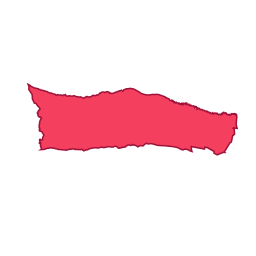 outline of Cartisoara, Sibiu, Romania, rotated 102°
{"feature_id": "2599482B67605816881014", "entity_name": "Cartisoara", "entity_type": "district", "adm_level": 2, "iso_a3": "ROU", "parent_name": "Romania", "parent_adm1": "Sibiu", "projection": "albers", "projection_center": [24.579, 45.672], "detail": "fine", "context": "isolated", "style": "filled", "palette": "rose", "viewbox_px": 256, "rotation_deg": 102, "n_neighbors": 0, "source": "geoboundaries", "source_scale": "gbopen_adm2", "svg_char_len": 5638}
<svg xmlns="http://www.w3.org/2000/svg" viewBox="0 0 256 256"><g transform="rotate(102 128 128)"><path d="M167.3,208.8L166.4,205.6L164.3,202.1L164.3,201.0L163.4,199.9L163.4,197.2L163.0,196.1L163.4,194.9L163.1,193.9L163.5,192.3L162.5,183.8L162.3,183.1L161.6,182.4L161.5,181.9L161.1,181.2L161.1,180.4L160.6,180.1L160.5,179.0L159.9,177.9L160.0,177.2L159.6,176.4L160.1,175.1L159.7,174.3L159.7,173.6L159.4,172.8L159.5,172.0L159.2,171.4L159.1,169.8L158.6,169.2L158.5,168.8L158.6,168.0L159.0,167.8L159.5,166.4L158.4,164.9L157.7,163.0L156.3,161.3L154.9,158.3L153.9,155.0L153.9,153.3L152.1,149.5L152.3,147.6L150.3,143.3L150.0,139.8L149.6,138.4L148.8,137.5L148.4,135.6L148.5,135.1L149.4,133.8L149.7,133.0L149.7,132.5L149.1,131.8L149.0,130.7L148.4,130.2L148.3,129.6L147.8,129.1L147.7,128.1L146.9,126.3L146.0,126.1L145.4,125.2L144.6,124.4L144.6,124.0L144.4,123.5L144.6,122.1L144.4,121.4L143.2,120.5L143.8,119.5L143.1,118.4L143.4,117.9L143.7,115.8L144.4,114.4L142.7,112.6L142.5,110.4L142.1,109.2L140.8,108.6L139.1,106.7L139.2,105.6L139.5,104.9L138.8,103.5L138.4,101.3L138.8,95.6L138.4,92.3L137.7,88.4L136.8,79.3L136.9,75.0L137.5,72.9L137.5,72.5L137.9,71.9L137.8,70.9L138.1,70.1L137.8,69.3L137.1,68.6L136.7,66.8L136.8,64.4L137.4,63.1L137.7,60.5L136.1,61.4L133.0,62.2L132.7,48.8L130.8,48.9L130.8,47.2L130.5,46.7L130.9,45.9L130.8,45.3L131.4,44.6L131.4,43.7L131.9,42.8L131.8,42.2L132.1,42.1L132.3,41.0L132.7,40.4L132.6,39.8L133.0,39.0L134.8,38.6L135.7,35.1L132.2,30.0L131.8,28.3L131.4,29.0L131.1,28.7L121.6,25.3L120.2,24.0L113.6,24.0L113.1,23.2L112.3,23.2L111.9,22.5L106.3,24.0L106.3,25.0L105.8,24.8L105.7,21.2L101.9,23.0L94.3,23.9L92.5,24.6L92.8,25.2L92.2,25.3L92.0,25.8L92.5,26.4L92.4,26.6L91.7,26.2L91.7,26.5L92.0,27.2L92.5,27.6L92.2,28.1L92.5,28.3L92.4,28.9L92.8,29.2L92.6,29.8L93.4,29.8L93.9,30.1L94.0,30.6L93.8,30.9L94.2,31.0L94.0,31.3L94.0,31.6L93.7,32.1L94.0,32.8L94.3,32.8L94.3,33.5L93.8,34.2L93.9,34.5L93.5,34.6L93.1,35.1L93.1,35.6L92.9,35.6L92.9,36.0L93.5,36.3L93.3,36.9L93.5,37.1L93.4,37.4L92.8,37.7L93.1,38.1L93.3,37.9L93.4,38.3L94.7,38.7L94.6,39.0L94.9,38.9L94.8,39.3L95.3,39.2L95.4,39.7L95.7,39.7L95.7,40.1L95.4,40.2L95.4,40.6L95.6,41.5L96.1,41.9L95.7,42.1L95.9,43.4L95.3,43.7L95.6,44.1L95.2,44.4L95.5,44.7L95.3,45.8L95.6,46.0L95.4,46.1L95.4,46.4L95.8,46.3L96.2,47.0L95.8,47.7L95.9,48.0L96.3,47.8L96.1,48.0L96.6,48.2L96.6,48.4L96.5,48.9L96.2,48.9L96.6,49.2L96.5,49.9L96.0,50.2L96.0,50.8L95.9,50.9L96.2,51.6L95.7,51.8L95.7,53.0L95.5,53.6L95.8,54.0L95.6,54.2L95.6,54.5L95.1,54.6L95.6,55.5L94.9,57.2L95.2,58.4L94.9,58.5L94.8,59.3L94.7,59.1L94.5,59.5L94.7,60.6L95.1,61.1L94.0,62.3L94.2,62.6L94.7,62.8L94.4,62.8L94.5,63.2L94.4,63.4L94.7,63.7L94.3,63.9L94.6,64.1L93.9,64.1L94.2,64.7L92.9,65.5L93.1,66.5L93.8,66.8L93.4,66.9L93.6,67.1L93.4,67.2L93.6,67.5L93.0,67.7L92.9,67.9L93.0,68.1L92.7,68.4L93.0,69.4L93.2,69.7L93.0,70.6L92.7,71.0L92.9,71.3L92.9,71.7L92.6,72.0L92.9,72.0L92.8,72.4L93.1,72.6L92.9,72.7L92.7,73.6L92.4,74.1L92.1,74.3L92.3,74.7L92.2,75.3L92.4,75.4L92.2,75.5L92.2,75.8L91.7,75.9L92.3,76.3L92.0,76.4L91.8,77.1L92.4,77.1L92.2,77.2L92.6,77.8L92.4,77.9L92.5,78.1L93.0,78.4L92.6,78.9L93.3,79.0L92.6,80.1L93.1,80.1L92.8,80.3L92.8,80.5L93.2,80.7L93.3,80.6L93.3,80.9L93.5,80.7L94.0,81.3L93.8,81.9L94.1,82.4L93.4,82.9L93.6,83.3L93.1,83.4L93.3,83.7L93.1,84.0L93.3,85.6L93.1,85.8L93.3,86.0L93.1,86.2L93.5,86.3L93.6,86.5L93.2,86.9L93.6,87.4L93.1,87.7L93.1,88.1L92.7,88.2L92.8,88.5L92.5,88.9L92.9,88.9L92.7,89.1L92.8,89.4L92.5,89.7L92.5,90.1L92.0,90.2L92.2,90.6L91.8,90.9L92.2,91.2L91.9,91.4L92.3,92.2L92.2,92.6L91.5,93.7L91.0,93.9L90.9,95.2L90.4,96.7L90.6,97.4L89.7,98.3L89.6,99.9L89.0,104.1L88.9,105.7L89.3,107.6L89.9,109.7L89.9,110.4L91.6,115.2L91.8,118.1L91.6,121.9L90.6,124.1L88.9,129.5L88.7,130.7L88.7,133.5L89.0,134.8L89.6,136.0L89.7,136.9L89.9,137.6L91.5,140.0L92.5,140.2L92.9,140.6L93.0,141.1L92.3,142.1L93.2,143.4L93.3,144.0L93.8,144.3L94.6,146.2L95.4,146.8L95.7,147.9L96.5,148.8L97.5,150.5L97.6,151.9L97.4,152.3L97.9,152.9L96.8,154.2L97.1,155.0L96.7,156.0L98.1,158.1L97.8,159.0L98.3,160.8L98.8,161.6L99.5,162.0L99.7,162.8L101.4,163.7L102.2,164.7L102.1,165.4L102.7,165.9L103.2,166.8L103.2,168.0L103.5,169.4L105.4,170.9L105.4,171.5L106.0,173.5L105.7,174.2L105.8,175.0L106.8,176.1L107.2,176.8L107.8,177.0L108.1,177.7L107.4,181.1L108.1,182.7L107.8,183.8L108.1,184.8L107.6,187.7L108.6,189.4L108.6,192.1L109.2,192.7L109.1,193.3L109.5,193.8L109.3,195.3L108.3,196.2L108.9,196.9L109.1,198.1L110.0,198.7L109.6,200.0L110.0,201.7L109.9,202.2L110.2,202.9L110.0,204.0L111.0,205.1L110.1,206.3L110.3,208.1L109.7,210.5L110.1,212.0L109.8,212.5L109.6,213.8L109.2,214.5L109.2,216.3L108.9,217.4L109.1,218.6L108.8,219.6L109.1,221.1L108.9,221.8L108.6,222.2L108.7,223.3L108.2,224.2L108.4,225.0L108.2,226.0L108.3,228.3L107.8,229.6L107.5,231.2L106.4,233.4L106.1,234.8L107.8,233.6L108.5,233.5L108.9,233.2L110.5,233.2L111.4,232.6L115.0,228.9L117.2,228.1L119.1,227.7L120.2,227.1L121.0,226.2L121.9,225.8L123.1,224.8L123.0,223.7L123.3,222.9L125.5,220.6L126.1,219.3L127.9,217.9L129.0,218.8L129.7,218.8L129.8,219.2L130.8,219.5L132.0,219.1L132.3,219.8L133.6,218.8L134.3,218.7L135.1,218.2L135.5,217.3L135.8,217.0L135.4,216.3L135.8,216.2L136.0,215.6L136.4,215.3L136.2,214.8L137.1,214.8L138.4,215.4L140.7,215.7L142.7,215.3L143.3,215.6L145.0,215.0L145.8,215.1L146.8,214.2L147.6,214.4L147.8,214.0L148.1,214.3L149.3,214.0L149.5,211.9L149.9,211.2L152.4,208.8L154.1,209.3L156.1,209.4L156.6,209.1L157.6,209.4L157.7,210.6L157.3,211.5L157.6,212.0L158.6,211.9L159.9,211.1L160.4,211.5L161.2,211.6L161.4,211.0L160.9,210.3L161.0,210.1L162.8,210.2L163.6,209.7L164.5,209.6L164.9,209.0L165.7,208.6L166.9,208.4L167.3,208.8Z" fill="#f43f5e" stroke="#9f1239" stroke-width="1.5"/></g></svg>